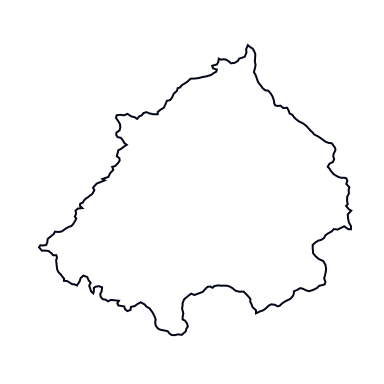 outline of São Miguel Arcanjo, São Paulo, Brazil, rotated 85°
{"feature_id": "56859067B88039902051634", "entity_name": "São Miguel Arcanjo", "entity_type": "district", "adm_level": 2, "iso_a3": "BRA", "parent_name": "Brazil", "parent_adm1": "São Paulo", "projection": "robinson", "projection_center": [-47.987, -23.932], "detail": "fine", "context": "isolated", "style": "outline", "palette": "ink", "viewbox_px": 384, "rotation_deg": 85, "n_neighbors": 0, "source": "geoboundaries", "source_scale": "gbopen_adm2", "svg_char_len": 4338}
<svg xmlns="http://www.w3.org/2000/svg" viewBox="0 0 384 384"><g transform="rotate(85 192 192)"><path d="M231.9,347.8L233.8,349.2L237.4,346.6L237.5,344.0L238.2,340.2L240.9,337.2L242.9,335.9L243.1,332.7L245.6,332.2L248.2,333.3L254.4,333.2L257.7,333.0L260.2,332.0L262.9,329.8L264.8,328.7L267.1,327.0L269.3,327.3L269.7,324.5L271.6,321.7L273.4,319.5L273.7,317.2L275.1,314.8L271.2,311.7L268.1,310.5L265.8,307.5L267.6,303.8L271.1,302.6L273.6,300.9L276.5,302.6L279.0,301.9L282.2,301.2L284.3,299.2L282.3,298.4L278.9,298.1L277.9,296.0L277.7,293.0L279.1,289.9L283.1,290.7L285.6,292.3L288.4,292.1L291.0,290.3L291.8,287.3L293.6,285.2L292.4,282.1L293.2,278.3L294.0,274.3L296.5,276.1L298.6,275.3L299.4,272.1L300.1,269.5L303.0,268.9L305.0,266.7L304.1,263.5L301.2,262.9L300.6,258.9L298.8,256.0L297.4,252.7L299.8,249.1L302.1,247.5L304.2,244.4L308.9,241.6L313.1,240.0L316.0,239.3L318.2,240.0L321.3,239.9L323.7,238.8L325.6,237.2L326.8,234.6L327.5,231.7L328.7,228.2L331.0,226.8L332.7,224.8L333.1,221.7L332.6,218.2L333.4,214.6L330.3,210.4L327.7,209.5L325.7,207.9L322.8,208.3L319.6,210.1L318.1,212.5L314.8,212.0L312.2,211.2L309.8,211.6L307.1,212.1L304.6,211.3L302.0,211.1L298.1,209.1L294.9,204.4L293.2,201.7L294.8,198.6L293.6,194.1L292.4,189.9L290.3,187.8L287.9,184.9L287.7,182.2L289.2,179.9L287.7,178.0L287.3,174.6L287.9,170.8L288.3,165.9L289.2,163.2L291.1,160.3L294.2,157.1L295.4,153.7L295.7,149.3L299.1,146.4L301.4,144.7L303.5,143.2L306.5,143.5L309.0,142.5L312.2,141.6L315.3,138.6L318.4,138.8L316.8,134.4L316.0,131.2L314.1,128.2L311.9,125.6L310.8,122.8L311.5,119.6L313.4,116.3L312.7,114.1L310.9,112.1L308.7,107.9L307.8,105.2L306.7,102.9L304.4,100.6L301.9,99.3L299.9,99.2L298.6,95.5L297.2,92.6L298.0,90.0L300.0,86.8L301.0,84.0L300.2,80.2L298.6,76.0L296.5,73.4L296.2,70.9L295.6,67.9L293.2,66.9L289.6,67.9L286.4,66.7L283.9,65.9L280.4,65.1L276.2,65.4L272.2,67.3L269.9,71.4L266.9,74.4L263.5,76.7L261.0,76.6L258.8,76.7L255.2,76.4L253.0,73.4L251.5,70.6L251.0,67.7L249.5,64.6L246.7,62.8L245.0,59.9L243.4,56.2L241.3,54.0L242.1,50.3L240.6,46.3L239.4,43.4L240.9,41.7L242.7,39.4L243.0,36.9L239.9,36.6L236.2,38.3L232.8,38.8L227.9,38.8L224.5,35.0L222.9,37.2L219.3,39.7L217.7,37.9L215.0,38.3L210.5,37.9L207.1,35.8L203.5,35.8L201.0,34.8L199.3,36.2L197.4,37.6L194.5,36.3L191.7,37.1L191.0,39.5L190.9,42.1L189.6,45.2L186.7,49.2L183.2,51.8L181.0,52.8L178.7,54.6L175.8,52.6L174.4,49.0L171.6,47.5L168.9,48.2L166.3,47.6L162.9,45.5L160.8,45.5L158.8,46.6L155.6,48.5L155.0,51.6L153.8,54.2L152.0,56.4L149.4,59.3L147.6,61.6L145.3,65.3L143.1,66.7L141.5,68.3L138.6,70.5L136.2,72.3L133.5,75.2L131.0,79.3L128.6,81.9L126.8,83.5L123.8,85.4L122.3,87.9L119.4,88.6L116.4,89.9L116.3,93.8L113.7,96.4L113.8,98.9L113.0,101.5L111.1,102.3L107.6,102.5L103.7,103.5L100.1,105.4L97.6,107.4L97.1,110.1L94.7,112.6L92.2,114.0L89.3,116.0L87.2,116.9L83.9,117.7L80.9,118.5L78.0,119.9L74.4,118.6L71.1,117.6L67.2,118.0L64.4,117.5L60.2,116.9L57.4,117.7L54.5,119.0L52.4,121.8L50.6,123.6L54.5,125.6L57.8,125.6L61.9,127.7L62.7,130.7L63.2,133.3L65.4,134.9L67.0,138.0L67.2,141.9L65.3,143.7L63.3,146.1L62.5,148.8L62.7,151.5L61.5,153.7L64.8,154.5L67.1,156.1L68.0,160.9L70.6,160.3L72.2,156.6L74.2,157.3L75.6,160.3L77.1,162.9L78.1,167.9L78.3,170.9L79.1,175.7L79.2,179.5L79.0,183.5L81.8,187.1L83.1,189.5L84.8,193.0L86.8,194.8L87.3,197.2L89.9,198.2L92.5,201.6L96.1,203.6L98.5,205.7L99.0,209.1L102.3,210.8L105.6,212.7L107.2,216.1L109.3,219.2L111.5,219.4L111.3,223.1L110.1,227.3L108.5,230.4L109.1,233.4L111.2,235.3L112.1,238.0L114.4,240.3L112.5,242.6L111.4,245.9L108.5,249.5L109.7,252.9L108.8,256.9L109.0,260.4L111.6,261.3L114.9,259.3L118.3,257.8L121.4,257.8L124.3,258.8L126.3,262.2L128.5,262.5L130.8,261.4L131.8,258.2L134.4,256.4L137.4,255.1L139.3,252.9L141.1,256.2L143.1,259.4L143.9,261.7L147.1,262.8L149.8,263.8L152.0,261.4L154.3,261.3L156.6,263.0L159.5,266.4L160.0,269.3L163.1,268.5L166.1,271.9L169.7,274.0L170.4,276.8L171.2,280.0L172.8,277.9L173.8,281.2L175.3,286.2L177.5,288.6L179.2,290.2L181.6,289.1L185.1,291.4L186.8,294.2L188.1,296.0L189.4,298.5L191.0,300.3L193.1,301.8L193.9,304.4L196.1,304.8L198.5,302.7L198.5,307.0L200.3,309.6L203.7,309.4L206.4,310.9L208.2,309.6L211.0,311.2L213.6,313.2L215.4,315.1L215.9,317.6L217.2,320.5L218.8,323.2L220.0,325.4L220.2,328.3L219.6,332.0L221.9,333.5L224.5,337.4L226.2,339.9L229.4,340.5L232.1,341.9L232.3,344.9L231.9,347.8Z" fill="none" stroke="#020617" stroke-width="2"/></g></svg>